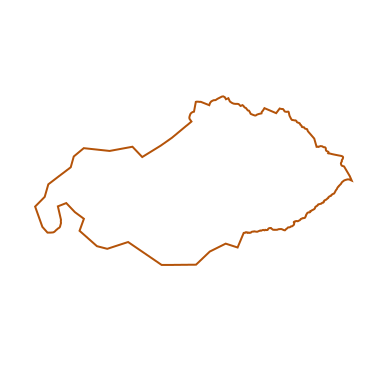 the district of Bulgan, Arhangay, Mongolia, rotated 220°
{"feature_id": "93677404B70129232678406", "entity_name": "Bulgan", "entity_type": "district", "adm_level": 2, "iso_a3": "MNG", "parent_name": "Mongolia", "parent_adm1": "Arhangay", "projection": "orthographic", "projection_center": [100.91, 47.19], "detail": "fine", "context": "isolated", "style": "outline", "palette": "amber", "viewbox_px": 384, "rotation_deg": 220, "n_neighbors": 0, "source": "geoboundaries", "source_scale": "gbopen_adm2", "svg_char_len": 5608}
<svg xmlns="http://www.w3.org/2000/svg" viewBox="0 0 384 384"><g transform="rotate(220 192 192)"><path d="M276.6,68.0L275.8,68.7L274.7,69.6L273.6,70.6L272.5,71.7L272.3,72.0L271.9,72.9L271.7,73.9L271.6,75.5L271.3,76.9L271.3,77.5L270.7,79.4L270.7,79.9L270.8,80.6L271.3,81.6L272.4,84.0L273.3,84.9L273.8,85.4L274.4,86.4L285.5,94.8L281.2,102.7L268.8,101.3L257.6,102.0L253.2,90.0L230.0,89.4L220.4,94.0L208.8,112.6L168.4,116.6L160.2,123.5L142.2,138.9L140.1,157.8L133.0,174.1L121.4,178.8L126.1,193.9L125.7,194.4L125.5,194.5L125.2,194.7L125.1,195.0L125.1,195.3L125.1,195.5L124.7,195.7L124.4,195.8L124.2,196.1L124.2,196.4L124.1,196.5L123.9,196.5L123.2,196.5L122.9,196.5L122.7,196.7L122.6,197.0L122.5,197.4L122.2,197.6L121.7,197.7L121.4,197.8L121.3,198.0L121.2,198.2L121.1,198.5L120.8,198.8L120.8,199.1L120.7,199.7L120.4,200.3L120.1,200.6L119.5,201.1L119.4,201.4L119.1,201.8L118.9,201.8L118.6,202.1L117.6,202.7L116.8,203.2L116.4,203.6L115.8,204.8L115.1,206.1L115.0,206.4L114.6,206.5L114.3,206.6L114.0,207.1L113.6,208.0L113.1,208.7L112.4,209.0L111.9,209.2L111.7,209.4L111.6,210.1L111.2,210.3L110.6,210.6L110.3,210.9L109.8,211.4L109.7,211.7L109.8,212.1L109.9,212.6L109.9,212.9L109.9,213.2L109.8,213.5L109.6,213.9L109.3,214.2L109.1,214.6L108.7,214.9L108.3,214.9L108.1,215.2L107.4,215.1L106.6,215.1L106.1,215.1L105.7,215.2L105.3,215.4L104.9,215.9L104.4,216.1L104.0,216.4L103.4,217.1L102.9,217.4L102.5,217.8L101.8,219.1L101.2,219.7L100.4,220.5L99.7,221.1L98.8,221.4L97.3,221.8L96.6,222.1L96.2,222.4L96.1,222.8L96.1,223.3L96.1,223.8L95.9,224.6L95.8,225.0L95.7,225.9L95.6,226.7L94.6,227.6L94.2,228.4L94.0,229.4L93.4,229.9L93.2,230.5L93.0,231.4L92.9,232.5L93.2,233.1L93.5,233.6L93.8,233.8L94.1,233.9L94.6,234.3L94.7,234.5L94.5,235.3L94.0,235.5L93.8,236.4L93.0,237.2L92.4,237.4L92.1,237.7L91.7,238.8L91.3,239.6L91.2,240.4L91.3,241.2L91.1,241.5L90.5,242.9L90.3,242.9L90.2,243.0L90.1,243.3L89.9,243.6L89.3,244.2L89.0,244.7L88.9,245.1L89.0,245.6L89.3,246.1L89.3,246.3L89.3,246.7L89.4,247.0L89.7,247.3L89.8,247.5L89.8,248.1L90.0,248.5L90.0,249.2L90.2,250.2L89.8,251.0L89.6,251.4L88.9,251.9L88.7,252.2L88.6,252.5L88.6,252.8L88.8,253.1L89.1,253.4L89.1,253.5L88.8,253.9L88.5,254.2L88.5,254.8L88.2,255.3L87.9,256.1L87.6,256.9L87.3,257.6L87.4,258.1L87.4,258.3L87.4,258.6L87.6,259.0L87.8,259.5L87.9,259.8L87.8,260.2L87.7,260.8L87.5,261.0L87.5,261.4L87.3,261.7L87.3,261.9L87.3,262.2L87.2,262.4L87.2,262.7L87.3,262.9L87.2,263.1L87.3,263.4L87.3,263.7L87.1,264.0L86.6,264.6L86.1,265.3L85.8,265.9L85.4,266.3L85.4,266.7L85.4,267.1L85.2,267.6L84.8,268.0L84.6,268.3L84.6,268.6L84.8,268.8L84.8,269.0L84.7,269.3L84.8,269.4L84.9,269.5L84.8,269.8L84.9,270.0L85.1,270.2L85.1,270.6L84.9,270.9L84.8,271.5L84.7,271.8L84.5,272.0L84.3,272.3L84.2,273.0L84.1,273.8L84.1,274.2L83.9,274.5L83.8,274.8L83.8,275.0L84.1,275.4L84.0,276.1L83.9,276.9L83.8,277.1L83.6,277.6L83.3,277.9L83.2,278.1L83.1,278.5L83.1,278.8L83.3,279.2L83.3,279.5L83.2,279.9L82.9,280.3L82.9,280.8L82.5,281.6L82.2,282.1L82.2,282.6L82.4,283.3L82.5,284.3L82.8,285.2L82.9,286.0L82.9,286.6L82.9,287.3L83.2,288.2L83.4,289.4L83.3,289.8L83.4,290.2L83.2,290.6L83.4,291.2L83.3,291.7L83.2,292.9L83.1,293.9L83.3,295.0L83.4,296.1L83.2,297.0L82.9,298.5L82.3,299.7L81.0,301.6L79.6,302.7L78.0,303.1L77.0,303.4L81.4,305.6L91.9,309.3L94.0,308.5L94.6,308.5L95.1,308.8L95.7,309.1L96.3,309.6L96.6,310.2L96.8,311.2L96.9,311.7L97.0,312.0L97.4,312.3L97.6,312.5L97.7,312.9L97.8,313.5L97.8,314.2L98.1,314.9L98.4,315.5L98.9,315.9L99.4,316.0L99.9,315.9L101.0,315.5L103.1,314.3L107.3,312.0L109.0,311.1L110.9,310.2L112.2,309.4L112.4,309.2L112.6,309.2L112.6,309.6L112.9,310.2L113.4,310.4L114.5,310.1L115.5,309.9L115.9,310.0L116.4,310.2L117.1,310.9L117.4,311.3L117.8,311.6L118.5,311.7L119.0,311.7L119.5,311.3L120.0,310.9L120.6,310.8L121.2,310.8L121.6,310.7L122.1,310.4L122.7,310.0L123.2,309.6L123.6,308.8L124.1,307.8L124.4,307.6L124.7,307.7L125.6,306.7L132.7,311.5L142.0,313.0L143.1,313.4L143.9,314.0L144.2,314.1L144.7,313.9L145.3,313.6L145.9,313.3L146.4,313.2L146.8,313.3L147.5,313.5L148.0,313.5L148.5,313.0L149.2,312.7L149.7,312.5L150.0,312.7L150.5,313.1L150.9,313.1L151.5,313.3L152.4,313.2L153.0,313.6L153.7,313.8L154.1,313.6L154.4,313.7L154.9,313.5L155.8,313.1L156.4,313.0L156.9,313.1L157.4,313.4L157.9,313.5L158.3,313.5L158.9,313.3L159.4,312.8L160.4,312.3L160.9,312.0L161.0,311.9L161.4,311.7L161.6,311.5L162.8,311.6L164.9,312.5L165.7,312.8L166.6,313.3L167.9,314.3L168.4,314.7L168.7,314.9L169.4,315.4L169.5,315.4L169.8,315.4L170.0,315.4L170.9,314.4L171.3,314.0L171.7,313.8L172.7,313.3L172.9,313.3L174.1,313.7L174.7,313.9L175.0,313.9L175.6,314.0L176.1,313.7L176.6,313.3L177.4,312.8L178.5,312.3L178.2,306.5L190.4,302.8L190.0,300.1L190.0,299.9L190.0,298.2L189.3,296.9L191.0,294.7L192.0,293.0L192.2,292.1L192.4,291.6L192.9,291.1L194.3,290.5L196.2,289.9L197.3,289.6L199.1,290.4L200.6,290.9L201.6,290.4L202.4,290.5L203.4,290.7L204.5,291.0L205.5,290.7L206.5,290.7L207.3,290.8L208.1,291.1L209.3,290.9L209.6,290.0L210.2,289.1L211.1,289.2L212.8,289.3L213.9,288.7L214.8,287.9L215.7,287.2L217.0,286.4L218.8,285.9L219.9,285.8L221.2,285.7L224.4,287.2L225.6,284.9L227.9,285.7L229.6,285.3L230.5,284.2L231.2,282.5L232.4,279.7L233.0,277.6L234.5,276.1L235.2,274.5L235.5,273.6L235.4,271.8L234.6,269.6L243.3,266.7L244.1,265.9L244.7,265.6L246.5,264.2L247.0,263.5L242.1,254.8L243.0,253.5L243.4,251.9L243.4,250.9L243.0,249.7L242.4,248.2L241.8,247.2L241.0,246.5L237.7,245.6L238.7,239.8L238.8,239.6L242.1,221.4L242.2,220.8L245.8,207.3L245.9,207.0L252.6,186.8L266.7,188.4L281.5,170.5L303.1,156.0L305.4,143.2L300.8,133.0L304.1,118.5L307.0,105.5L301.7,93.6L302.8,80.0L284.2,69.1L276.6,68.0Z" fill="none" stroke="#b45309" stroke-width="2"/></g></svg>